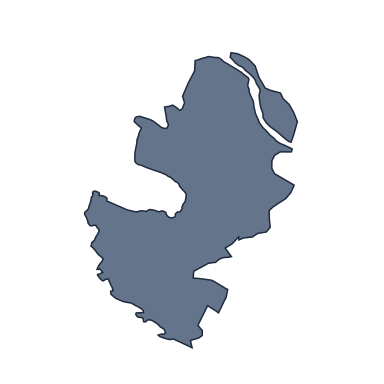 Markz Dir Mawas, Al Minya, Egypt, rotated 295°
{"feature_id": "37247803B40134172984025", "entity_name": "Markz Dir Mawas", "entity_type": "district", "adm_level": 2, "iso_a3": "EGY", "parent_name": "Egypt", "parent_adm1": "Al Minya", "projection": "albers", "projection_center": [30.79, 27.655], "detail": "fine", "context": "isolated", "style": "filled", "palette": "slate", "viewbox_px": 384, "rotation_deg": 295, "n_neighbors": 0, "source": "geoboundaries", "source_scale": "gbopen_adm2", "svg_char_len": 5380}
<svg xmlns="http://www.w3.org/2000/svg" viewBox="0 0 384 384"><g transform="rotate(295 192 192)"><path d="M273.4,264.6L273.4,263.1L273.5,256.9L273.3,251.3L273.7,248.2L273.8,247.1L275.4,243.2L276.5,238.8L277.8,235.9L278.4,234.5L279.3,232.1L279.9,230.2L280.3,229.1L280.4,228.8L281.9,226.3L283.2,223.8L283.2,223.7L283.3,223.7L284.4,222.7L287.2,219.5L290.2,216.1L291.6,215.1L295.3,212.2L300.0,209.3L302.7,206.2L304.6,203.9L307.1,201.3L309.2,200.5L311.1,198.2L312.4,197.4L314.8,196.8L318.1,196.0L319.3,194.7L319.9,191.6L321.4,185.6L322.2,179.1L322.4,176.8L323.1,170.8L323.4,166.5L323.5,165.6L324.7,162.1L325.0,159.2L323.6,155.8L322.5,152.2L321.7,149.6L319.4,147.2L317.2,144.4L314.0,141.3L312.8,139.8L312.4,139.3L306.3,141.8L302.9,143.2L301.6,143.1L300.3,143.1L299.4,143.0L299.0,143.0L296.5,142.9L293.2,142.7L290.7,142.6L290.0,142.6L289.3,142.5L277.9,142.9L277.3,142.9L274.7,143.0L274.4,143.3L269.6,147.6L265.8,147.8L263.2,148.0L261.4,147.0L260.8,146.6L262.0,142.1L262.5,138.8L262.5,137.6L260.9,136.0L260.6,135.7L259.9,135.0L258.5,132.6L257.3,131.2L255.0,132.9L252.4,134.7L250.5,136.1L246.1,138.8L245.5,139.2L244.1,141.2L242.6,142.2L242.1,142.6L240.4,142.3L239.7,142.2L239.2,142.1L238.4,141.3L237.6,138.1L237.6,136.9L238.8,131.7L239.9,126.5L239.9,123.3L239.1,116.9L238.4,112.4L237.0,110.5L235.7,109.2L233.2,109.3L231.5,109.9L231.4,109.9L231.3,110.0L230.7,111.9L230.1,113.9L229.5,115.2L228.9,117.8L228.9,118.4L228.3,119.1L227.0,119.1L225.1,119.1L222.5,119.2L219.4,119.9L216.2,120.0L213.4,121.2L213.0,121.3L209.8,122.1L204.1,123.5L201.0,124.8L199.1,125.5L198.4,125.9L196.6,126.9L195.3,127.6L194.7,128.9L194.1,131.4L194.8,134.6L194.9,137.9L195.0,141.1L195.4,145.2L195.8,149.4L196.5,155.2L196.6,158.9L196.7,161.6L196.1,163.6L196.1,164.2L196.2,166.8L195.6,168.7L194.4,172.6L194.4,174.6L193.8,176.5L191.9,178.5L191.3,179.8L190.1,182.4L189.2,184.9L188.9,185.6L187.7,187.6L185.8,188.3L183.9,189.0L181.8,189.5L181.3,189.7L179.4,189.7L177.5,189.1L176.0,189.2L174.3,189.2L173.1,189.9L171.1,189.9L168.6,189.3L167.9,187.4L165.3,186.2L163.4,186.9L162.1,186.9L160.8,185.7L159.5,183.8L159.5,181.2L159.9,179.8L160.1,179.2L161.3,177.9L162.6,176.6L162.5,174.0L162.0,172.5L161.8,172.1L160.5,170.9L159.8,169.6L159.8,167.0L159.1,163.8L158.4,161.3L157.1,160.0L155.1,158.8L154.4,156.2L153.1,153.0L151.1,151.1L149.8,147.9L149.1,144.1L148.4,140.9L148.1,127.9L148.0,123.5L147.9,120.3L147.9,118.4L150.4,117.7L151.0,115.1L150.9,113.2L150.2,110.6L149.6,109.3L151.5,108.6L152.1,108.0L152.1,107.2L152.1,106.1L152.0,104.1L150.7,102.2L148.8,102.3L148.2,102.9L146.9,103.6L146.1,103.4L145.0,103.0L142.4,103.7L139.3,104.4L136.7,104.5L132.9,105.2L129.7,104.0L128.3,103.4L126.5,104.1L125.9,104.7L124.6,106.7L122.1,109.3L119.6,111.3L118.4,113.9L119.1,115.8L120.4,117.1L121.1,119.0L120.5,119.7L119.8,120.9L118.0,124.2L114.2,124.3L111.0,123.8L110.4,123.8L107.1,123.9L103.9,122.6L100.1,123.4L100.1,124.0L99.5,126.0L98.3,128.6L97.7,129.9L95.9,133.1L94.1,139.6L92.1,139.7L90.9,139.7L89.0,139.1L85.1,138.5L81.9,138.6L82.0,138.7L82.6,140.5L83.3,141.1L81.4,145.1L80.1,143.8L78.8,143.2L77.5,141.3L76.9,141.3L76.2,142.5L75.0,144.6L73.8,147.8L73.9,149.1L75.8,150.3L77.1,151.6L77.8,152.9L75.3,155.5L71.6,160.1L69.1,162.1L68.4,161.2L67.7,160.2L66.2,161.0L65.2,161.5L64.2,164.7L64.0,165.4L63.4,168.0L63.5,171.2L63.6,175.7L64.3,178.9L64.3,179.0L65.0,181.5L65.7,184.0L65.2,188.6L65.2,191.1L64.7,196.3L63.5,198.3L62.2,198.9L61.7,198.0L60.9,196.4L59.5,193.8L58.9,192.6L57.6,192.6L57.1,193.2L56.4,193.9L55.8,195.9L57.1,200.3L56.5,201.0L55.9,201.7L54.0,203.0L54.7,204.9L56.6,205.5L57.9,206.8L58.6,209.3L58.6,210.6L58.1,215.1L57.5,217.7L56.3,220.3L56.2,221.5L55.8,224.8L55.1,225.5L53.3,227.5L51.9,227.0L51.3,226.9L50.7,224.9L48.7,222.4L48.0,221.8L47.4,223.7L47.5,225.7L48.2,231.4L49.0,234.6L50.9,237.2L50.9,257.4L50.9,257.9L56.8,253.3L58.9,255.7L62.4,259.6L63.4,260.3L65.5,261.5L66.4,261.9L71.0,259.7L71.0,259.2L73.7,253.7L86.1,254.0L95.6,254.2L94.6,261.5L94.3,264.0L93.6,267.1L109.4,267.3L110.1,267.6L113.6,266.8L118.8,265.5L118.7,264.0L119.9,253.3L120.3,249.1L120.3,248.7L120.4,247.3L117.9,239.1L116.8,235.6L114.5,229.5L114.9,229.3L120.9,227.1L133.8,236.6L134.5,237.2L134.9,237.8L138.2,243.1L140.6,244.2L142.4,244.9L145.0,247.3L146.2,248.8L146.7,249.7L148.3,252.7L148.6,253.1L150.1,255.0L155.2,245.8L162.1,250.3L163.0,250.6L171.0,253.3L168.4,254.8L172.3,258.3L172.5,258.7L176.7,265.7L182.3,269.1L187.1,276.2L193.0,277.9L199.9,273.7L200.4,273.4L207.8,269.8L212.6,271.7L218.9,275.5L219.3,275.8L225.7,279.8L233.2,281.8L238.4,281.8L239.9,281.8L241.4,281.6L242.4,271.1L243.0,264.3L243.4,259.6L243.5,259.0L247.1,254.5L247.4,254.2L254.1,251.2L260.1,251.3L264.0,253.9L265.6,255.0L267.4,258.7L268.0,260.1L269.2,262.7L270.3,265.1L270.5,265.1L272.0,264.8L272.3,264.8L273.3,264.6L273.4,264.6ZM299.8,257.8L300.3,257.8L300.9,257.1L307.2,250.4L312.5,242.9L315.0,235.3L319.1,230.3L317.3,220.2L317.1,214.5L320.0,210.2L324.2,204.2L332.9,196.0L336.1,187.7L336.6,182.2L336.6,174.9L334.7,168.5L330.2,169.7L329.9,170.7L329.0,173.1L327.4,176.6L326.4,180.7L326.5,184.9L324.6,189.6L323.8,193.3L322.7,196.6L320.6,201.5L317.4,204.7L315.8,207.3L313.3,210.7L313.2,210.7L307.9,212.0L304.8,213.7L301.5,215.9L297.9,218.3L295.9,220.3L293.2,223.1L289.4,225.0L287.3,228.2L286.3,229.7L284.7,233.8L283.6,238.2L282.6,243.7L281.7,246.8L280.6,250.5L279.4,254.9L278.7,258.1L279.0,260.8L287.3,259.9L297.6,258.2L299.8,257.8Z" fill="#64748b" stroke="#1e293b" stroke-width="1.5"/></g></svg>